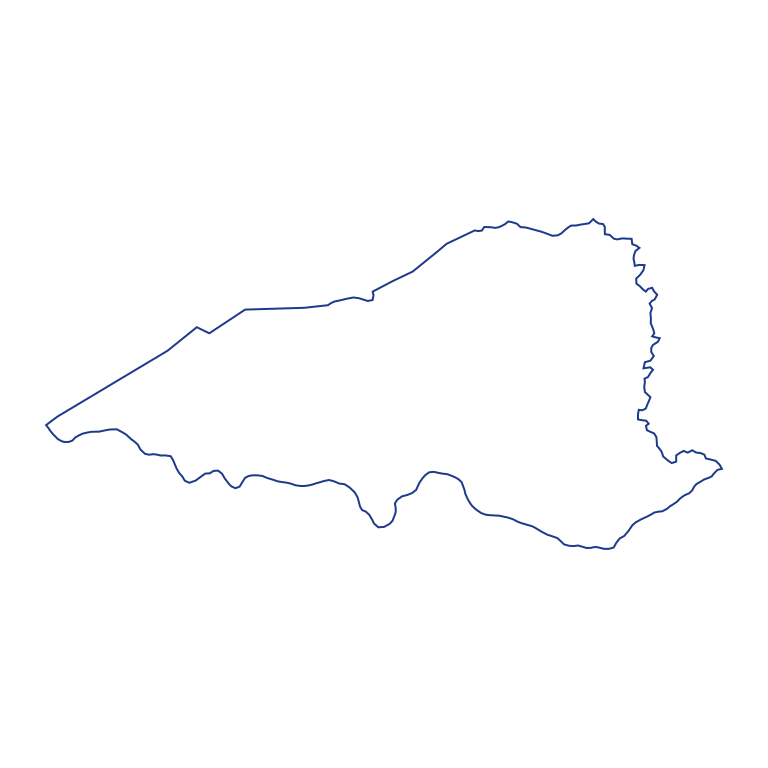 Rafael Jambeiro, Bahia, Brazil
{"feature_id": "56859067B89791496420122", "entity_name": "Rafael Jambeiro", "entity_type": "district", "adm_level": 2, "iso_a3": "BRA", "parent_name": "Brazil", "parent_adm1": "Bahia", "projection": "mercator", "projection_center": [-39.536, -12.474], "detail": "fine", "context": "isolated", "style": "outline", "palette": "blue", "viewbox_px": 768, "rotation_deg": 0, "n_neighbors": 0, "source": "geoboundaries", "source_scale": "gbopen_adm2", "svg_char_len": 4034}
<svg xmlns="http://www.w3.org/2000/svg" viewBox="0 0 768 768"><path d="M721.9,468.9L719.5,464.6L715.8,460.9L710.9,459.6L705.9,458.5L704.3,454.6L700.7,453.1L696.0,452.5L692.3,450.3L687.7,452.6L683.6,450.9L679.9,452.9L676.2,455.4L676.2,461.6L671.7,463.1L667.8,460.4L663.2,456.5L661.6,451.7L659.5,448.8L657.0,445.8L656.8,441.9L656.4,437.1L654.1,433.4L650.7,432.0L646.9,430.2L646.0,425.8L648.7,423.8L646.2,420.7L642.4,420.3L638.0,419.4L638.0,414.2L638.8,409.8L642.1,410.3L645.8,408.6L647.4,404.3L648.8,401.3L650.4,397.2L644.9,392.0L644.2,386.8L644.9,382.1L644.5,378.7L648.0,377.0L650.8,372.5L653.0,369.8L650.3,367.3L643.5,368.3L644.9,362.2L650.4,360.7L653.8,356.1L651.2,351.8L651.3,347.8L653.0,344.9L657.9,341.8L659.7,338.2L655.4,337.3L652.2,336.4L654.3,333.3L653.4,329.9L652.1,326.5L650.8,323.4L650.9,318.2L650.4,313.2L652.0,308.0L649.6,303.6L651.8,301.0L654.7,299.4L657.2,294.7L653.8,291.1L652.2,287.8L648.1,288.9L645.8,291.6L642.8,289.3L639.9,286.2L636.4,283.6L636.2,278.6L640.5,274.4L643.5,270.0L644.5,265.1L639.3,264.9L634.8,265.8L634.3,262.2L633.5,258.5L634.1,254.7L635.5,251.0L639.4,247.9L636.4,245.7L632.3,244.2L631.6,238.8L627.9,238.7L622.0,238.4L617.3,239.4L613.9,238.7L609.7,234.9L604.9,234.2L604.8,230.4L604.8,226.7L602.9,224.0L599.1,223.6L596.0,221.8L593.3,219.1L589.0,223.3L584.7,224.0L580.5,224.6L576.2,225.5L571.0,225.6L568.1,227.5L564.7,230.2L561.5,233.3L557.8,235.3L552.4,235.8L547.7,234.0L543.4,232.4L539.3,231.1L535.0,230.0L531.1,228.9L525.9,227.5L520.5,227.1L516.9,223.7L511.4,222.0L508.2,221.5L505.1,224.1L501.5,226.0L498.5,227.3L495.1,227.9L491.6,227.3L487.6,227.1L484.2,227.0L481.8,230.6L478.1,231.1L474.8,230.4L446.6,243.8L437.7,251.3L412.8,271.5L393.1,280.9L372.7,291.6L373.5,295.2L372.6,300.0L367.8,301.0L363.4,299.6L358.9,298.2L353.2,297.5L347.5,298.6L342.4,299.8L338.5,300.7L334.6,301.5L331.0,303.1L328.0,305.2L304.2,307.8L245.1,309.6L209.3,333.3L196.8,327.2L167.6,350.7L57.4,416.6L46.1,425.1L48.4,428.0L50.4,431.0L53.2,434.4L57.8,439.0L60.7,440.7L63.7,441.9L68.4,442.0L72.2,440.7L75.5,437.3L79.1,435.3L82.5,433.7L86.6,432.7L91.5,431.8L95.5,431.7L98.8,431.7L105.4,430.3L109.9,429.5L116.8,429.3L122.6,432.4L126.3,434.7L131.3,439.3L134.1,441.3L137.9,444.7L140.5,449.6L145.1,453.9L149.1,454.7L153.3,454.2L156.9,454.6L160.6,455.5L165.1,455.4L170.7,456.2L173.1,460.2L176.6,468.6L179.1,472.9L182.1,476.2L184.8,480.7L189.2,482.8L195.6,480.6L201.3,476.4L205.2,473.6L209.8,473.3L213.6,470.9L218.0,470.6L222.0,473.6L224.6,478.2L229.0,484.0L231.4,486.4L235.5,488.2L239.6,486.6L243.0,481.1L245.1,477.8L248.6,476.0L252.4,475.3L257.5,475.3L262.5,476.0L267.2,478.0L273.3,479.8L277.6,481.3L281.3,482.0L286.3,482.6L290.8,483.6L295.5,485.3L300.6,486.0L304.1,486.0L308.2,485.5L312.9,484.4L316.1,483.3L319.7,482.3L323.7,481.1L328.9,480.0L333.4,481.1L339.5,483.6L344.5,484.2L349.5,487.4L354.7,492.3L357.6,497.4L358.8,501.7L360.0,506.5L362.1,510.1L365.7,511.5L369.2,514.7L372.2,519.8L374.0,523.5L378.3,527.3L384.1,526.9L389.7,523.8L392.5,520.8L394.8,514.9L395.8,511.5L395.6,507.4L394.9,503.5L397.2,499.8L401.9,496.4L407.5,494.9L412.4,492.9L416.2,489.8L419.1,483.3L422.3,478.5L425.5,474.9L429.2,472.3L433.8,471.8L438.0,472.8L442.3,473.6L447.3,474.2L452.1,476.0L455.5,477.5L458.6,479.3L461.7,482.3L464.5,490.0L465.4,494.0L467.6,498.9L469.7,502.5L471.9,505.7L476.1,509.6L481.3,513.1L485.8,514.7L489.8,515.2L495.3,515.5L499.2,515.7L504.3,516.8L508.0,517.6L513.2,519.3L517.4,521.6L521.0,523.0L527.1,524.8L531.8,526.1L535.2,527.8L541.2,531.5L547.1,534.6L551.7,536.1L557.4,538.1L560.7,541.1L564.1,544.4L569.1,545.8L573.7,546.1L578.0,545.5L582.7,546.8L586.5,548.0L591.0,547.8L595.4,546.9L598.7,547.5L603.7,548.8L608.7,548.9L613.7,547.5L616.3,542.8L619.7,538.5L624.3,535.9L628.6,530.8L632.3,525.3L635.9,522.2L641.2,519.3L647.1,516.6L651.3,514.4L654.1,512.6L658.1,511.7L662.3,511.3L667.3,508.6L669.8,506.4L673.4,504.2L677.0,501.7L680.4,498.2L684.7,495.2L689.1,493.3L692.2,490.4L694.2,486.6L696.5,484.0L700.3,481.8L704.3,479.4L708.8,477.8L711.8,476.3L713.8,473.6L717.6,469.8L721.9,468.9Z" fill="none" stroke="#1e3a8a" stroke-width="2"/></svg>